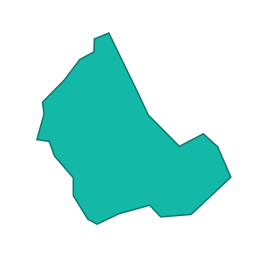 map outline of Kirklees (Mercator projection), rotated 79°
{"feature_id": "GBR-5671", "entity_name": "Kirklees", "entity_type": "Metropolitan Borough", "adm_level": 1, "iso_a3": "GBR", "parent_name": "United Kingdom", "parent_adm1": "", "projection": "mercator", "projection_center": [-1.78, 53.64], "detail": "fine", "context": "isolated", "style": "filled", "palette": "teal", "viewbox_px": 256, "rotation_deg": 79, "n_neighbors": 0, "source": "natural_earth", "source_scale": "10m", "svg_char_len": 457}
<svg xmlns="http://www.w3.org/2000/svg" viewBox="0 0 256 256"><g transform="rotate(79 128 128)"><path d="M122.0,219.6L98.1,207.7L86.5,207.1L68.7,181.3L51.6,162.3L46.7,146.9L34.1,144.0L31.1,128.7L96.1,111.4L119.1,105.6L155.8,81.1L148.1,55.2L163.5,43.6L195.9,36.4L224.9,82.6L221.5,112.8L207.9,121.5L210.4,153.1L216.5,176.8L209.9,184.8L184.0,194.6L166.4,191.2L141.5,205.5L126.1,207.9L122.0,219.6Z" fill="#14b8a6" stroke="#0f766e" stroke-width="1.5"/></g></svg>